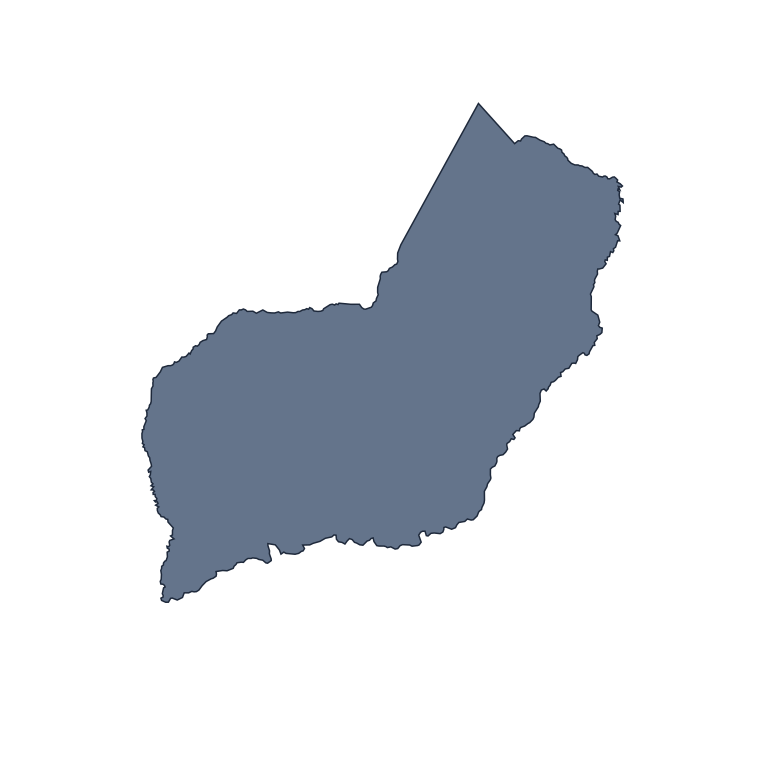 outline of Santa Filomena, Piauí, Brazil, rotated 228°
{"feature_id": "56859067B19704876429785", "entity_name": "Santa Filomena", "entity_type": "district", "adm_level": 2, "iso_a3": "BRA", "parent_name": "Brazil", "parent_adm1": "Piauí", "projection": "albers", "projection_center": [-45.687, -8.973], "detail": "fine", "context": "isolated", "style": "filled", "palette": "slate", "viewbox_px": 768, "rotation_deg": 228, "n_neighbors": 0, "source": "geoboundaries", "source_scale": "gbopen_adm2", "svg_char_len": 6146}
<svg xmlns="http://www.w3.org/2000/svg" viewBox="0 0 768 768"><g transform="rotate(228 384 384)"><path d="M332.6,655.0L337.7,657.1L340.1,655.9L340.1,658.3L343.4,665.9L345.6,665.6L347.5,666.2L349.4,665.4L351.5,665.8L353.7,668.5L356.3,669.6L353.3,671.3L355.6,673.5L354.3,675.0L359.0,679.0L360.7,678.7L362.8,682.6L358.8,683.2L361.6,685.4L364.4,683.5L367.4,685.5L369.3,687.8L371.5,687.2L372.4,688.6L370.6,689.2L374.0,690.3L371.6,692.0L371.6,693.7L374.8,693.5L378.4,692.3L379.2,694.1L381.9,694.0L383.8,693.7L384.8,692.2L385.5,688.9L386.9,687.6L388.5,688.2L390.3,687.7L391.3,686.6L391.6,684.9L394.8,682.6L397.5,682.8L398.7,680.9L400.6,680.6L402.5,681.1L408.7,680.3L410.5,678.2L413.5,677.1L415.4,675.4L416.8,674.9L419.1,672.4L422.7,670.8L427.2,670.4L428.5,671.2L430.1,671.5L432.6,671.0L434.7,671.7L437.0,671.3L439.1,672.5L441.1,672.0L442.9,670.9L448.7,670.6L450.7,667.2L453.1,666.5L454.5,665.4L456.8,665.2L460.8,663.1L465.9,661.6L467.3,660.2L472.7,656.4L474.1,654.7L474.0,650.1L473.2,648.1L475.0,646.5L475.2,641.9L529.3,641.9L476.2,489.7L472.2,481.8L467.8,477.6L465.7,476.3L464.6,473.6L465.4,472.0L465.3,468.5L466.3,465.4L465.4,462.9L465.6,461.1L468.5,457.2L467.7,454.9L466.7,453.3L464.7,451.7L460.1,444.0L456.4,440.6L454.2,439.4L452.6,435.6L451.1,433.7L451.4,430.2L450.0,428.1L449.5,426.1L451.9,420.4L453.2,419.2L455.7,418.6L459.7,419.1L465.3,412.8L474.2,404.6L473.8,403.0L475.6,402.0L475.7,400.2L477.9,399.0L479.0,397.1L480.3,389.5L479.6,387.8L480.4,385.7L482.1,383.5L485.1,380.8L488.2,380.9L490.5,379.9L490.0,378.0L491.7,377.0L492.2,374.9L493.5,373.0L494.2,370.0L495.5,368.6L496.1,366.2L497.7,364.2L502.0,360.4L505.9,354.7L508.3,353.8L509.9,350.3L512.4,347.7L515.3,345.1L520.1,343.5L522.0,336.5L525.8,335.3L529.5,330.9L531.7,330.7L533.8,329.7L534.6,327.4L535.9,326.1L535.1,321.7L537.8,319.4L537.5,317.2L538.7,314.3L538.6,312.1L539.5,305.3L538.0,298.3L536.1,294.3L535.5,291.1L538.9,287.0L538.7,285.3L537.2,284.2L535.8,281.9L537.4,278.5L538.0,275.2L537.0,273.1L537.0,270.6L538.5,269.6L539.0,266.8L537.8,265.6L537.5,263.3L536.0,260.0L537.5,259.8L536.9,255.5L537.8,253.4L539.3,251.8L538.2,246.9L539.0,244.2L540.6,243.1L539.7,241.4L539.6,239.7L540.4,237.7L542.1,235.8L544.6,230.5L542.7,225.9L541.4,219.1L542.7,216.7L541.9,215.2L540.5,214.4L539.5,213.0L537.1,211.0L536.1,208.0L526.8,199.3L525.5,197.3L525.2,195.5L523.9,194.0L522.8,191.0L523.6,189.7L521.3,188.6L518.8,186.4L518.2,183.3L515.8,182.8L513.0,177.0L510.9,175.2L511.7,173.7L510.1,172.6L509.2,171.0L505.7,167.9L502.7,166.4L501.5,164.6L499.4,165.1L498.6,162.8L497.0,163.5L494.4,161.8L492.0,162.8L488.3,160.8L485.9,160.5L484.0,159.1L480.4,157.5L478.4,156.2L477.9,151.1L475.9,150.1L475.1,152.1L472.9,149.6L472.2,147.6L469.9,147.5L466.7,145.4L464.4,145.5L464.3,142.7L461.7,144.1L461.1,140.2L459.5,141.7L457.7,141.5L457.9,139.8L456.4,138.6L455.1,140.0L453.3,138.6L450.9,138.6L449.8,137.1L451.0,135.3L449.2,135.2L448.0,136.7L446.4,136.1L446.8,133.2L443.3,134.4L443.3,132.3L441.6,130.9L439.1,129.9L436.6,130.2L434.6,129.6L432.5,131.4L429.6,131.6L428.1,132.7L425.9,131.1L418.0,131.1L416.7,128.8L413.4,125.8L413.9,123.7L409.4,124.3L411.1,120.1L410.4,118.6L407.5,116.8L407.2,115.1L408.7,114.1L407.0,113.1L405.0,113.8L403.6,112.7L404.1,110.3L400.4,107.3L398.6,103.9L399.0,102.4L398.5,100.3L397.1,99.0L397.3,96.8L395.8,95.4L394.7,93.3L391.4,91.2L387.9,87.7L387.1,85.7L384.7,84.3L383.0,85.8L381.3,86.1L379.6,85.5L380.0,83.8L376.5,78.9L374.6,78.4L373.5,77.2L374.1,74.9L372.0,73.9L367.9,75.7L366.1,77.8L367.5,82.0L366.6,83.4L361.8,85.8L360.2,91.4L362.5,95.8L359.5,99.1L358.5,102.4L356.6,103.8L355.2,105.7L354.7,108.6L355.8,113.9L356.2,119.6L354.9,125.1L354.0,127.0L353.5,130.6L354.8,132.3L357.0,133.7L353.4,139.3L350.2,142.4L347.9,148.6L348.9,150.7L348.9,153.2L349.5,155.1L347.1,158.7L345.5,160.2L345.8,163.5L345.4,166.1L343.2,168.6L342.7,170.0L339.5,172.8L337.5,173.5L334.2,176.0L330.1,176.5L328.7,177.6L328.2,182.0L329.5,183.1L334.5,185.2L336.6,187.3L341.6,189.6L343.1,190.9L337.2,195.6L330.6,195.2L326.5,193.6L326.1,197.1L323.7,197.8L317.0,204.0L315.2,207.3L314.9,210.6L314.1,212.2L314.9,214.8L318.7,215.8L314.1,221.2L313.0,224.8L309.9,231.1L308.6,237.2L305.3,242.9L305.3,245.8L303.7,247.2L300.5,244.8L297.2,244.6L294.4,246.8L291.2,247.9L292.0,251.6L292.2,254.9L289.6,256.3L286.1,256.1L284.2,257.2L280.7,258.4L278.3,260.5L278.6,266.4L277.6,268.6L277.8,271.1L276.9,272.9L273.6,271.1L268.7,270.5L267.0,271.8L263.5,275.6L261.7,276.7L260.2,277.0L258.4,280.1L253.9,281.8L252.5,284.1L253.1,287.8L252.2,290.3L247.1,295.4L244.7,296.3L241.4,301.0L240.9,302.5L241.6,305.8L248.5,308.7L249.3,311.9L248.9,313.9L247.2,316.0L243.0,314.0L241.6,315.0L241.6,319.0L239.7,321.6L235.2,325.6L234.6,328.7L235.8,331.0L237.3,332.5L236.5,334.2L230.8,337.1L229.4,341.0L230.6,344.0L231.0,347.0L227.8,352.1L227.9,355.6L224.6,357.7L223.4,359.5L223.6,364.9L225.5,368.6L225.7,370.2L225.4,372.4L226.6,373.9L228.6,378.7L230.5,381.0L237.1,386.8L238.8,391.7L240.5,394.1L241.7,399.0L242.6,400.5L245.2,402.2L249.6,406.2L249.7,408.7L248.9,411.5L250.2,415.0L251.1,416.3L253.3,418.1L254.0,419.9L253.5,422.3L251.8,425.1L252.0,428.9L253.0,432.3L256.6,434.4L257.5,435.6L257.1,438.8L258.1,441.9L255.9,443.4L256.3,445.4L260.3,446.0L260.8,451.2L258.6,453.3L259.9,455.0L260.2,456.5L258.6,460.5L258.3,464.5L257.8,466.4L258.1,471.0L259.1,473.3L261.7,476.1L263.8,483.5L265.0,485.0L266.7,488.7L272.6,493.6L274.2,496.9L273.2,499.6L270.3,499.8L270.6,502.7L271.6,504.3L271.9,506.6L273.4,509.3L272.2,511.6L272.0,513.9L272.4,518.1L271.2,520.7L274.4,522.9L273.5,525.0L273.9,528.8L272.0,531.9L273.7,537.4L272.4,539.2L271.0,540.2L272.6,544.1L274.7,546.4L274.7,548.4L274.2,552.8L272.7,553.4L271.1,552.9L269.5,553.9L269.2,556.6L270.4,558.2L272.7,564.9L271.7,566.5L274.2,568.1L275.0,572.8L277.4,574.4L276.4,577.6L276.4,580.3L279.5,583.6L281.7,582.3L283.9,582.4L285.6,585.7L292.1,589.0L299.0,587.3L300.5,587.6L310.2,596.5L312.7,597.6L315.8,605.1L317.7,606.2L318.3,608.6L320.0,609.6L320.9,610.9L322.8,616.2L325.1,618.0L326.4,619.8L325.4,621.0L323.8,624.1L324.7,629.5L327.3,630.0L328.2,631.5L326.5,632.7L328.8,634.9L327.9,636.9L330.8,640.9L328.6,642.0L329.2,643.9L331.0,645.0L330.7,647.6L334.1,653.4L332.6,655.0Z" fill="#64748b" stroke="#1e293b" stroke-width="1.5"/></g></svg>